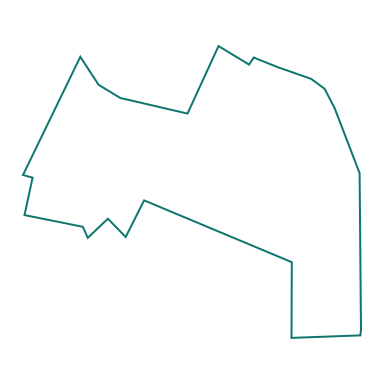 Mvurwi, Mashonaland Central, Zimbabwe (orthographic projection), rotated 180°
{"feature_id": "62879985B19451757525909", "entity_name": "Mvurwi", "entity_type": "district", "adm_level": 2, "iso_a3": "ZWE", "parent_name": "Zimbabwe", "parent_adm1": "Mashonaland Central", "projection": "orthographic", "projection_center": [30.851, -17.024], "detail": "fine", "context": "isolated", "style": "outline", "palette": "teal", "viewbox_px": 384, "rotation_deg": 180, "n_neighbors": 0, "source": "geoboundaries", "source_scale": "gbopen_adm2", "svg_char_len": 465}
<svg xmlns="http://www.w3.org/2000/svg" viewBox="0 0 384 384"><g transform="rotate(180 192 192)"><path d="M105.4,316.5L130.3,326.4L134.9,319.4L165.5,337.9L196.5,270.4L263.7,286.0L285.4,299.2L303.7,327.2L361.0,209.0L351.4,206.3L359.5,168.9L301.2,157.2L296.2,146.2L276.1,165.3L258.3,147.0L239.9,183.6L92.2,121.8L92.5,46.1L24.4,48.6L23.7,48.6L23.0,54.4L24.4,210.8L49.3,275.7L59.4,295.2L72.8,305.1L105.4,316.5Z" fill="none" stroke="#0f766e" stroke-width="2"/></g></svg>